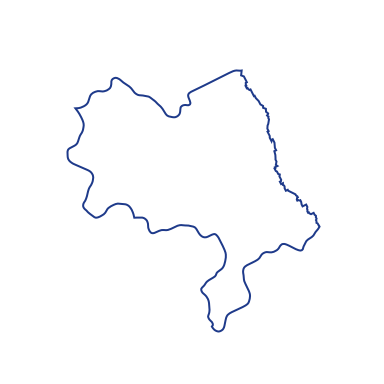 Loma de Cabrera, Dajabón, Dominican Republic, rotated 153°
{"feature_id": "3306468B30549660873689", "entity_name": "Loma de Cabrera", "entity_type": "district", "adm_level": 2, "iso_a3": "DOM", "parent_name": "Dominican Republic", "parent_adm1": "Dajabón", "projection": "equal_earth", "projection_center": [-71.602, 19.426], "detail": "fine", "context": "isolated", "style": "outline", "palette": "blue", "viewbox_px": 384, "rotation_deg": 153, "n_neighbors": 0, "source": "geoboundaries", "source_scale": "gbopen_adm2", "svg_char_len": 5621}
<svg xmlns="http://www.w3.org/2000/svg" viewBox="0 0 384 384"><g transform="rotate(153 192 192)"><path d="M94.1,104.2L94.3,104.2L94.3,106.9L95.1,108.0L94.3,109.6L94.3,110.7L94.1,110.8L93.1,111.7L93.1,113.4L92.4,114.3L92.4,114.6L93.1,116.1L93.1,118.2L94.2,118.2L96.0,118.2L97.2,119.8L97.2,120.9L98.0,120.9L98.0,122.5L97.2,123.6L97.2,124.7L96.0,126.3L96.0,129.0L100.0,129.0L100.0,131.1L99.2,133.8L99.2,135.5L100.0,135.5L100.9,136.5L102.1,136.5L102.1,137.6L100.9,139.2L100.1,139.2L100.1,140.3L100.9,141.9L100.9,143.0L104.9,148.4L105.7,149.5L105.7,150.5L107.8,150.5L107.8,153.2L107.0,154.9L107.0,155.9L107.8,157.0L107.0,158.6L109.0,158.6L109.0,161.3L107.8,161.3L107.0,162.4L107.0,166.2L106.3,167.1L106.3,167.3L106.0,167.4L105.8,167.8L107.0,168.9L107.0,171.6L107.8,172.7L107.8,175.4L107.0,175.4L107.0,176.4L104.1,176.4L105.0,178.1L104.7,178.4L102.9,180.8L102.9,182.5L102.9,182.9L102.1,184.5L100.9,187.2L100.1,191.0L99.1,191.0L98.1,191.0L98.1,193.7L96.7,197.1L96.1,198.6L96.1,202.4L97.3,202.3L98.1,201.3L98.1,205.0L97.3,206.7L97.3,211.5L96.1,211.5L96.1,214.2L94.5,216.9L94.4,217.0L93.2,218.0L90.4,221.8L90.4,223.4L89.6,224.5L90.0,225.2L90.4,226.1L88.9,226.9L88.5,227.4L89.6,229.9L88.4,232.6L90.4,234.7L89.6,236.4L91.3,239.0L91.3,242.8L92.5,246.6L92.5,249.3L93.3,249.3L93.3,252.1L93.3,256.8L94.5,256.8L95.3,258.5L95.3,259.5L95.9,259.5L96.1,259.5L96.1,262.2L95.9,262.2L95.3,262.2L95.3,263.3L94.5,264.9L93.3,264.9L93.3,270.4L93.3,271.4L95.3,273.6L92.6,277.7L93.8,278.1L97.4,280.2L99.0,280.7L100.6,281.0L104.8,281.2L132.9,281.4L147.3,281.7L149.6,281.4L150.9,280.7L151.4,280.1L151.8,279.4L152.2,277.8L152.5,274.4L152.8,272.9L153.0,272.1L153.4,271.5L153.9,271.1L154.5,270.9L155.7,270.9L156.7,271.4L158.3,272.5L159.5,273.0L160.8,273.3L162.1,273.2L163.3,272.8L163.8,272.4L164.6,271.3L166.1,268.9L167.0,267.8L168.1,266.9L168.8,266.6L170.2,266.2L171.6,266.1L173.1,266.3L174.4,266.9L175.6,267.7L178.3,269.9L179.2,271.1L179.6,271.9L180.0,273.6L180.5,279.4L181.1,282.2L182.6,286.1L183.6,289.4L186.3,295.1L187.1,296.4L187.6,296.9L192.0,300.3L195.1,302.2L196.2,303.2L197.1,304.5L197.8,305.9L198.1,306.7L199.1,312.0L200.0,314.5L203.5,320.8L204.8,324.0L205.5,325.5L206.9,327.4L208.0,328.3L208.7,328.6L210.0,328.8L211.4,328.7L212.6,328.2L213.6,327.2L214.9,324.8L216.2,323.1L217.3,322.2L218.0,321.8L219.6,321.4L222.0,321.2L224.4,321.6L225.9,322.1L228.9,324.0L230.3,324.7L232.7,325.2L235.1,325.3L237.4,324.8L238.9,324.0L240.1,322.9L243.6,319.4L244.9,318.5L246.4,317.9L248.0,317.6L249.6,317.5L252.9,317.7L255.2,318.3L257.9,319.5L257.2,315.6L256.9,312.7L256.8,308.8L256.9,306.0L257.1,304.1L257.5,302.3L258.2,300.6L259.2,299.1L260.8,297.0L262.0,295.8L263.3,294.8L265.2,293.7L266.5,292.8L267.7,291.7L270.6,288.8L271.9,287.7L272.6,287.3L274.0,286.8L275.5,286.6L281.3,286.5L282.6,286.2L283.2,285.9L283.8,285.4L284.7,284.3L286.3,280.9L286.9,279.5L287.1,278.7L287.3,277.8L287.2,275.9L286.7,274.2L285.9,272.6L285.0,271.1L283.4,269.1L275.5,259.5L274.4,258.1L273.5,256.6L272.9,255.0L272.7,253.2L272.7,252.2L272.9,251.3L273.2,250.4L273.5,249.6L274.5,248.2L275.5,246.8L276.7,245.6L278.6,244.1L281.2,242.6L282.4,241.7L284.2,239.9L287.5,236.0L289.3,234.2L291.1,232.7L292.9,231.7L294.0,230.9L294.9,229.8L295.2,229.2L295.5,228.5L295.6,227.7L295.6,227.0L295.3,225.5L294.5,223.5L293.8,221.0L292.8,218.7L290.4,213.9L289.9,213.3L289.4,212.8L288.8,212.5L287.4,212.1L285.3,211.9L283.1,212.0L280.8,212.2L278.7,212.9L275.7,214.8L275.1,215.2L273.7,215.7L270.7,216.1L267.7,216.1L265.4,215.9L263.3,215.3L257.1,211.4L256.0,210.4L255.1,209.1L254.4,207.6L254.0,205.6L253.8,203.5L254.0,200.4L254.3,198.5L255.1,195.3L252.3,194.0L248.0,191.8L247.4,191.3L246.4,190.2L245.7,188.8L245.2,187.1L245.3,185.4L245.6,183.8L247.1,180.3L247.3,179.5L247.5,177.9L247.5,176.2L247.3,175.4L247.1,174.6L246.7,173.9L246.1,173.4L245.5,173.0L244.1,172.6L238.8,172.3L236.5,171.9L235.1,171.3L232.1,169.6L230.6,169.1L227.4,168.7L220.3,168.5L218.0,168.0L216.6,167.4L213.6,165.5L210.4,163.7L206.6,160.6L205.7,159.5L205.3,158.7L204.9,157.0L204.6,152.3L204.3,150.4L203.7,148.7L203.3,147.9L202.4,146.7L201.2,145.8L199.7,145.2L198.2,145.0L193.6,144.9L192.2,144.7L191.5,144.5L190.9,144.2L190.3,143.6L189.9,142.9L189.4,141.2L189.1,139.3L189.1,137.3L189.1,130.0L189.3,125.7L189.7,122.7L190.3,120.8L191.6,118.3L193.8,115.3L196.2,112.6L197.5,111.5L198.9,110.6L200.4,110.0L205.6,109.1L206.8,108.6L208.6,107.0L209.8,106.4L212.0,106.1L216.7,105.8L219.1,105.4L220.5,104.9L223.5,103.2L226.5,102.2L227.6,101.6L228.0,101.0L228.3,100.3L228.5,98.8L228.3,97.3L227.0,93.9L226.6,92.3L226.4,89.5L226.6,87.7L226.8,86.8L227.3,85.2L229.9,79.0L231.1,77.1L232.0,76.0L233.4,74.7L234.2,73.7L234.4,73.0L234.5,71.5L234.3,70.1L233.3,67.0L233.3,65.6L233.4,64.9L233.7,64.3L234.0,63.8L235.4,63.1L235.2,61.3L234.8,59.6L234.1,58.1L233.2,56.9L232.1,55.9L231.4,55.5L230.0,55.2L228.5,55.2L227.1,55.5L226.4,55.8L225.0,56.8L223.8,58.1L220.4,62.4L218.7,64.4L217.4,65.5L216.0,66.3L213.6,66.8L211.2,66.9L198.9,66.5L195.7,66.6L193.4,67.0L191.9,67.7L190.7,68.8L189.0,70.7L187.5,73.0L186.8,74.7L186.6,75.7L186.3,77.7L186.1,85.8L185.9,88.8L185.4,90.6L183.9,94.3L183.1,96.8L182.4,98.3L181.5,99.5L181.0,100.1L179.8,101.0L178.4,101.5L176.1,101.8L167.3,101.7L164.2,101.9L162.0,102.5L158.4,104.6L157.0,105.0L155.5,105.1L154.1,105.0L152.7,104.6L149.7,102.7L148.4,102.1L146.3,101.6L144.0,101.6L142.6,101.7L141.1,102.1L139.9,102.7L138.2,103.8L137.0,104.3L135.6,104.6L134.9,104.5L133.5,103.9L132.8,103.4L131.6,102.2L129.9,100.1L125.4,93.9L123.6,91.9L122.4,90.9L121.7,90.5L120.5,90.3L119.3,90.7L117.3,92.8L113.5,95.6L112.3,96.4L110.2,97.0L105.8,97.5L103.6,98.1L100.0,100.3L96.6,101.7L94.1,103.2L94.1,104.2Z" fill="none" stroke="#1e3a8a" stroke-width="2"/></g></svg>